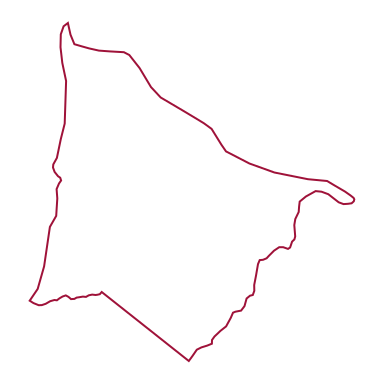 Baltasar Brum, Artigas, Uruguay
{"feature_id": "84410073B74350998718142", "entity_name": "Baltasar Brum", "entity_type": "district", "adm_level": 2, "iso_a3": "URY", "parent_name": "Uruguay", "parent_adm1": "Artigas", "projection": "natural_earth1", "projection_center": [-57.383, -30.74], "detail": "fine", "context": "isolated", "style": "outline", "palette": "rose", "viewbox_px": 384, "rotation_deg": 0, "n_neighbors": 0, "source": "geoboundaries", "source_scale": "gbopen_adm2", "svg_char_len": 1498}
<svg xmlns="http://www.w3.org/2000/svg" viewBox="0 0 384 384"><path d="M67.9,23.0L63.6,26.3L60.8,34.3L60.5,47.2L62.3,62.9L66.1,81.0L64.7,123.6L60.8,139.1L56.9,157.9L53.3,164.4L53.0,167.5L54.6,171.9L58.0,176.2L60.2,177.7L61.1,180.5L59.0,183.5L56.6,189.1L57.3,198.4L56.2,215.9L49.9,226.9L44.1,266.4L37.7,288.9L29.7,300.7L33.5,303.1L38.7,305.2L41.8,305.1L45.7,303.8L50.2,301.2L54.4,300.0L56.9,300.3L59.4,298.4L62.6,296.5L65.8,295.4L68.5,296.9L71.0,299.1L74.4,298.9L76.6,297.6L79.4,297.2L82.9,296.6L86.0,296.9L88.8,295.3L92.2,294.6L95.6,295.0L97.6,294.7L99.8,294.2L101.7,292.0L188.8,361.0L192.4,356.1L196.8,349.7L201.4,347.4L207.2,345.6L211.9,343.7L212.0,340.0L214.5,336.5L220.5,330.8L226.1,326.4L230.8,317.8L233.0,312.7L235.4,311.7L241.1,310.6L244.5,306.1L246.6,298.5L250.0,295.7L252.8,295.0L254.3,290.8L254.2,285.0L256.0,275.7L258.0,264.1L259.7,260.1L263.0,259.8L266.6,258.3L269.0,255.7L274.0,250.7L279.2,247.2L283.2,247.2L288.0,248.9L290.1,247.5L292.1,241.6L294.4,239.4L295.2,236.4L294.3,225.1L295.3,219.0L298.7,212.0L299.1,206.5L299.7,201.6L305.9,196.5L315.6,191.1L321.5,191.7L328.3,194.2L338.7,202.3L343.5,204.1L348.0,203.8L351.6,203.3L353.8,201.3L354.3,199.3L353.6,197.9L350.6,195.5L344.9,191.5L334.8,185.6L327.1,181.0L307.9,179.2L274.4,172.5L249.4,163.5L226.0,151.4L221.4,144.7L211.6,128.9L203.8,123.2L186.1,112.5L160.7,97.5L151.0,87.1L139.6,68.1L129.3,55.0L123.9,52.2L109.8,51.4L98.9,50.6L89.1,48.4L81.6,46.3L74.4,44.2L70.5,34.7L67.9,23.0Z" fill="none" stroke="#9f1239" stroke-width="2"/></svg>